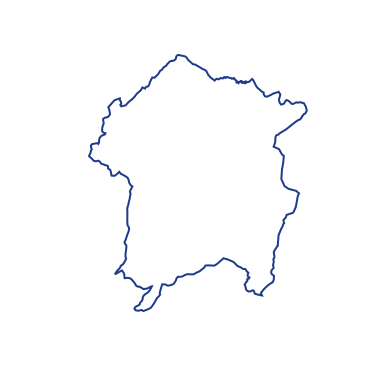 outline of Okere, Eastern, Ghana, rotated 28°
{"feature_id": "2480657B59311092791004", "entity_name": "Okere", "entity_type": "district", "adm_level": 2, "iso_a3": "GHA", "parent_name": "Ghana", "parent_adm1": "Eastern", "projection": "equal_earth", "projection_center": [-0.101, 6.04], "detail": "fine", "context": "isolated", "style": "outline", "palette": "blue", "viewbox_px": 384, "rotation_deg": 28, "n_neighbors": 0, "source": "geoboundaries", "source_scale": "gbopen_adm2", "svg_char_len": 5890}
<svg xmlns="http://www.w3.org/2000/svg" viewBox="0 0 384 384"><g transform="rotate(28 192 192)"><path d="M305.4,231.1L304.7,229.7L303.9,227.6L300.8,227.0L299.5,225.6L299.0,223.6L299.7,220.9L299.1,219.8L297.9,218.7L297.6,217.3L296.8,215.0L296.2,214.1L295.5,213.3L295.3,212.9L295.3,212.6L295.5,211.8L295.5,211.4L295.3,210.8L294.7,209.7L293.7,208.7L292.3,206.4L292.6,201.3L292.7,201.0L292.6,200.3L292.7,199.7L293.0,199.2L292.9,199.0L292.7,198.7L288.7,189.4L288.0,182.2L288.2,181.2L288.2,180.7L288.1,180.1L287.8,178.3L287.7,177.2L287.8,176.7L288.0,176.4L285.9,173.9L286.8,170.4L286.3,167.7L287.6,166.5L288.4,165.5L289.8,164.2L290.5,163.5L291.1,162.5L290.7,156.6L289.6,153.0L287.5,146.6L287.1,143.0L283.3,142.1L275.8,143.9L271.0,143.4L264.8,138.6L260.8,129.7L258.9,123.6L256.2,117.1L253.8,116.6L248.7,113.3L242.8,113.7L242.1,109.0L240.3,105.1L240.0,104.4L239.9,103.8L239.8,103.0L239.9,102.4L240.1,102.0L240.4,101.6L241.1,101.1L241.3,100.8L241.8,99.1L245.6,92.7L250.7,81.0L251.0,80.6L252.1,78.5L253.1,77.5L253.4,77.1L253.8,74.6L253.7,73.2L254.1,72.0L254.3,70.6L255.2,69.4L255.1,66.1L252.5,63.3L249.2,61.1L245.2,62.0L243.3,63.6L242.0,63.8L240.2,66.5L238.7,67.4L234.6,66.2L232.3,66.4L231.7,68.2L231.8,70.7L229.8,73.0L227.4,72.0L225.2,69.4L224.9,67.3L224.2,64.4L221.5,62.9L221.2,63.5L220.4,64.0L217.3,67.2L216.9,67.9L216.5,68.7L213.6,72.5L211.5,73.3L209.4,72.0L209.1,71.7L208.7,70.6L206.0,70.5L200.0,69.0L194.0,64.8L192.1,63.9L191.4,65.5L191.3,66.3L191.0,66.9L190.9,67.3L190.4,68.3L189.1,69.0L188.7,70.0L188.4,70.0L187.9,69.1L187.6,69.0L187.4,69.2L187.5,69.5L187.4,70.6L187.7,70.7L187.8,70.9L187.7,71.2L187.3,71.2L187.0,70.9L186.8,71.0L186.3,70.4L185.6,70.9L185.6,71.0L185.7,71.3L185.6,71.8L185.3,72.1L185.1,71.9L184.9,71.2L184.6,71.0L184.4,71.2L184.5,71.8L184.2,71.9L183.7,71.0L183.4,70.8L183.1,70.9L182.9,71.2L182.7,71.5L182.8,71.9L182.1,72.9L182.0,73.6L181.8,73.4L181.5,73.4L181.2,73.1L180.8,73.4L180.8,73.8L180.6,74.2L180.3,74.2L180.2,74.5L179.9,74.5L179.5,74.0L179.6,73.4L179.1,72.8L177.4,72.7L176.8,72.5L176.6,72.2L175.8,71.7L175.4,71.8L175.2,72.4L175.1,72.6L174.8,72.8L174.2,72.8L173.8,73.3L173.3,73.1L170.2,73.9L169.9,73.7L168.9,74.0L168.5,74.5L168.4,75.0L168.1,75.6L167.8,75.7L167.6,75.7L166.9,75.2L166.6,75.3L166.3,75.7L166.0,77.2L165.8,77.4L165.6,77.4L163.9,77.8L163.5,78.3L163.2,79.2L162.9,79.7L162.3,80.2L161.8,80.3L160.9,80.3L160.6,80.6L160.0,81.5L159.7,83.0L154.1,82.1L153.4,81.6L152.5,81.4L151.1,80.8L148.1,78.6L146.3,78.2L143.2,78.4L138.6,78.1L136.5,78.1L135.4,77.9L132.7,78.7L128.9,77.7L127.5,77.5L126.1,76.9L123.8,75.7L122.5,75.5L121.1,75.8L116.6,77.1L115.2,77.6L114.5,79.4L115.2,82.4L115.1,82.5L114.5,84.2L113.7,84.7L113.3,85.4L112.9,85.7L111.8,86.3L111.4,86.8L111.1,87.3L110.0,91.3L109.9,92.8L108.3,95.4L108.1,98.0L107.0,100.0L106.8,103.8L105.6,107.6L105.5,108.3L105.3,108.6L104.6,109.0L103.6,109.3L103.1,109.6L103.2,114.2L103.8,117.1L103.7,119.3L102.2,120.7L102.0,121.3L102.0,122.7L99.1,123.0L99.0,126.3L97.1,131.2L96.6,134.8L95.4,138.6L93.8,142.3L92.7,146.6L89.4,149.6L87.9,148.8L88.1,148.4L88.1,147.8L88.0,147.3L87.8,146.8L87.3,146.2L85.1,144.5L84.3,143.2L81.3,146.5L80.8,147.1L80.3,148.0L78.3,156.4L79.2,157.1L81.6,159.7L83.2,162.1L82.6,165.1L81.4,166.3L80.2,167.3L79.5,168.6L79.2,169.2L80.2,170.8L81.3,172.1L82.0,173.4L82.0,175.0L82.5,176.9L83.2,178.9L84.4,180.8L86.1,181.1L88.0,180.8L88.2,181.8L87.0,183.4L85.8,184.6L85.3,186.2L85.1,187.5L85.1,187.8L85.6,189.8L86.7,192.0L86.7,193.6L85.5,193.3L83.4,194.9L81.2,196.8L81.0,198.4L81.7,199.7L83.4,201.3L83.4,202.9L84.1,205.8L84.1,207.4L84.3,208.7L86.7,209.3L88.3,209.7L90.5,210.6L92.8,210.0L94.5,208.4L96.2,208.4L97.4,209.1L99.0,209.7L100.9,209.1L102.8,209.1L104.7,208.5L105.9,208.8L106.6,210.4L107.6,210.8L109.3,210.8L110.7,212.1L112.1,214.0L113.3,215.3L116.1,214.0L117.3,211.5L118.3,208.3L120.4,209.3L125.7,209.3L128.3,209.6L130.2,210.9L132.1,213.2L134.2,214.5L135.2,214.8L136.8,215.1L136.8,218.3L137.0,220.9L138.5,222.2L139.4,225.1L140.3,227.7L141.0,230.9L141.7,232.8L142.0,235.1L142.7,237.3L143.9,239.2L148.6,248.2L149.8,250.2L150.9,251.8L152.8,252.8L153.8,254.1L154.5,256.6L155.0,260.5L155.7,264.3L155.9,267.9L157.1,269.1L159.2,270.1L160.6,273.0L162.5,278.2L163.9,280.7L165.1,281.7L165.3,284.0L165.1,287.8L163.9,290.4L163.9,293.2L162.9,296.8L162.6,300.9L166.9,294.2L169.4,295.3L171.1,296.8L172.0,298.4L173.0,299.7L175.3,298.1L177.2,297.4L179.3,297.4L183.6,299.0L186.8,301.0L188.7,301.0L189.7,300.3L192.6,300.3L194.5,300.6L197.5,298.5L198.7,297.0L199.8,295.2L200.8,294.2L200.9,295.2L200.9,297.3L200.7,299.8L199.6,302.7L198.6,304.2L198.0,306.2L197.9,308.0L198.8,309.8L198.8,311.4L198.2,314.5L198.6,316.0L197.6,317.8L196.5,319.1L195.9,320.6L195.9,322.1L197.6,322.9L200.1,322.2L202.8,319.9L205.0,319.9L208.5,315.8L210.0,313.5L210.4,311.2L210.8,307.6L210.8,304.0L211.0,301.5L211.6,300.2L212.0,297.6L210.8,296.1L209.0,287.6L210.3,286.8L212.2,286.1L214.7,286.1L216.8,284.3L218.1,283.0L219.1,281.3L219.3,277.7L218.9,275.6L219.3,273.6L221.2,272.5L223.3,271.0L224.6,268.7L226.5,266.7L228.4,265.9L232.1,263.9L233.8,261.1L235.9,258.5L238.2,253.2L238.4,250.6L240.9,249.1L246.2,246.6L247.9,243.8L251.0,235.6L253.1,235.3L255.2,234.8L261.0,234.3L262.0,234.4L266.7,235.9L268.7,235.9L270.3,235.6L272.2,235.9L273.3,235.9L274.1,235.6L275.1,235.0L275.7,235.2L277.2,236.1L278.8,236.7L279.6,236.7L279.8,237.0L279.9,238.6L280.3,239.7L281.7,240.5L282.1,240.5L282.9,240.4L283.0,240.5L282.9,241.3L282.8,241.9L282.0,242.1L281.8,242.3L281.7,242.6L281.8,243.2L282.3,243.8L282.6,244.6L282.1,245.9L282.2,247.3L281.9,248.5L282.0,249.2L283.0,249.9L284.3,251.1L285.2,252.4L285.9,252.9L286.7,253.2L288.2,253.3L289.2,253.0L290.1,252.4L290.6,252.0L291.6,250.4L291.8,250.2L292.1,250.1L293.5,250.6L293.8,250.8L294.6,251.9L294.9,252.2L295.4,252.3L296.6,252.0L297.5,251.9L302.4,250.5L300.2,248.8L301.3,243.2L302.8,239.0L304.1,236.1L304.9,235.2L305.0,234.9L305.4,233.6L305.7,233.3L305.5,232.4L305.4,231.1Z" fill="none" stroke="#1e3a8a" stroke-width="2"/></g></svg>